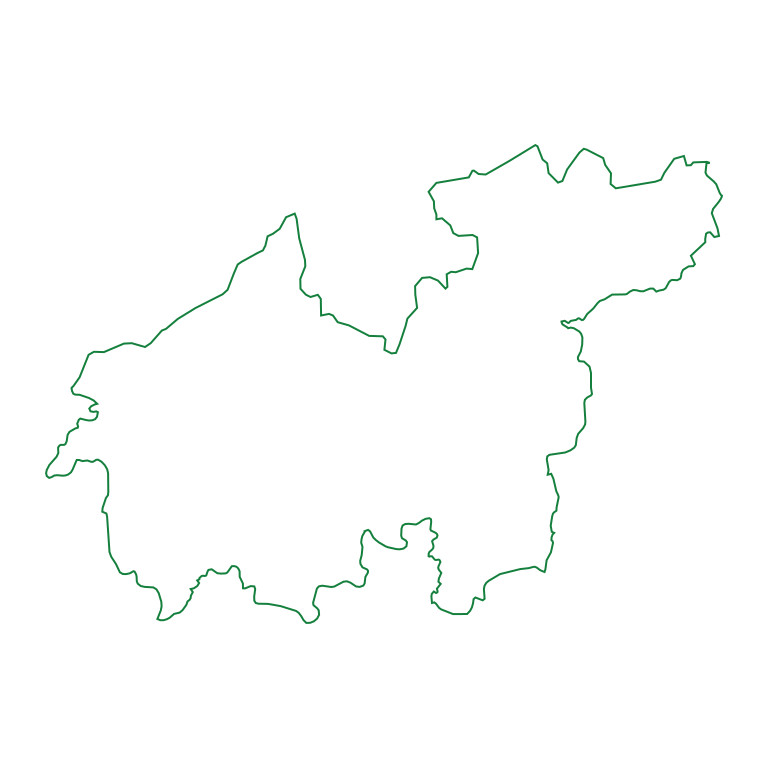 the border of Sikasso
{"feature_id": "MLI-2794", "entity_name": "Sikasso", "entity_type": "Region", "adm_level": 1, "iso_a3": "MLI", "parent_name": "Mali", "parent_adm1": "", "projection": "robinson", "projection_center": [-6.512, 11.478], "detail": "fine", "context": "isolated", "style": "outline", "palette": "green", "viewbox_px": 768, "rotation_deg": 0, "n_neighbors": 0, "source": "natural_earth", "source_scale": "10m", "svg_char_len": 6066}
<svg xmlns="http://www.w3.org/2000/svg" viewBox="0 0 768 768"><path d="M709.7,162.9L708.1,163.1L707.0,162.8L706.5,163.3L705.5,172.6L706.9,175.5L713.7,181.4L716.3,184.3L719.6,192.7L721.0,195.0L721.9,195.6L721.9,196.3L720.9,198.7L718.7,202.0L713.1,208.9L711.8,213.2L717.5,228.4L719.0,236.0L714.3,237.0L710.2,232.3L707.9,232.5L706.1,233.7L705.2,239.1L705.3,242.2L690.9,255.7L694.9,264.2L693.3,266.1L688.6,266.4L683.0,269.9L681.4,273.4L681.1,276.3L680.3,278.6L677.2,280.2L672.4,279.9L670.8,280.4L669.1,282.0L665.7,288.2L663.5,289.7L659.0,290.6L656.3,291.6L653.3,288.6L650.0,288.6L643.3,291.3L640.1,291.2L636.7,290.3L633.3,290.0L629.9,291.6L627.0,293.9L625.4,294.4L612.1,294.6L604.6,299.3L599.8,301.0L597.5,303.2L593.3,308.5L587.2,314.0L584.1,318.9L583.0,319.9L581.9,320.1L579.1,318.3L578.1,318.4L576.1,319.9L570.7,320.9L569.0,322.7L568.2,323.0L564.7,320.8L561.5,321.5L561.6,322.4L562.5,324.4L567.5,327.5L568.1,328.2L570.8,327.6L573.8,328.2L579.3,331.5L581.2,333.9L582.4,337.5L582.2,344.5L580.8,351.5L577.9,357.1L578.0,359.2L579.2,361.2L584.0,361.6L589.5,366.6L591.0,372.9L591.0,387.7L592.0,394.1L590.7,395.6L587.3,397.4L584.9,399.8L584.3,403.0L585.4,421.6L585.1,424.5L583.1,428.2L578.2,433.8L576.7,437.9L575.8,445.2L574.2,447.7L570.5,450.3L565.2,452.5L549.5,454.8L547.3,456.4L546.8,459.3L548.6,470.1L547.7,474.7L551.2,473.8L553.4,478.7L556.3,491.2L558.1,495.0L558.7,497.1L556.6,507.4L556.4,510.7L554.1,512.3L553.0,513.6L552.2,516.2L550.7,525.8L551.8,531.8L554.2,532.9L552.6,534.5L551.6,537.3L551.4,540.1L552.6,541.3L553.0,543.0L550.9,552.4L546.6,560.3L545.4,569.4L544.5,572.0L540.2,570.2L536.8,567.6L534.8,566.8L533.3,566.9L528.9,568.1L520.2,569.1L500.0,574.1L488.7,580.8L486.3,582.8L484.5,585.8L483.9,589.0L484.6,598.8L482.7,600.3L475.4,597.5L473.6,599.1L473.0,603.5L471.9,607.4L470.1,610.8L467.1,614.0L453.1,614.1L441.2,609.4L439.1,607.9L436.0,603.7L434.3,602.4L432.0,603.0L431.4,596.3L431.8,593.9L433.8,591.5L436.0,593.0L437.3,592.4L437.6,591.5L436.9,588.7L440.7,583.9L438.4,581.7L438.9,578.5L441.3,572.9L438.7,569.5L438.2,567.8L438.5,566.3L440.4,562.0L439.7,560.3L438.8,559.6L435.8,560.0L434.7,559.6L432.1,556.4L430.7,556.2L429.4,556.6L428.6,556.2L428.7,553.5L429.4,552.0L432.3,549.4L433.3,547.9L433.5,545.8L432.1,541.2L433.4,539.6L436.7,537.7L437.5,535.5L437.0,534.1L435.6,532.8L430.9,530.5L430.4,529.1L431.2,521.7L431.0,519.3L429.4,518.2L425.7,518.8L422.0,520.6L419.0,522.9L416.0,524.5L408.7,523.8L405.3,524.0L402.6,525.5L401.5,528.7L401.2,535.7L402.0,538.2L405.8,540.5L407.0,542.2L406.4,546.3L403.5,548.6L399.6,549.3L396.3,549.1L387.8,547.2L385.3,546.2L378.9,542.4L375.7,539.9L373.3,537.5L370.1,531.4L368.1,529.9L364.6,531.2L364.8,531.7L362.3,536.1L361.5,539.4L361.2,542.7L362.5,546.9L361.7,555.0L360.2,560.8L360.4,563.8L362.4,567.3L367.0,569.4L368.0,570.7L367.9,572.6L365.4,576.9L364.6,583.5L363.3,585.6L359.7,586.9L356.2,586.5L350.3,582.6L346.9,581.3L343.5,581.7L334.2,586.6L331.2,587.0L322.3,585.7L318.8,586.4L316.9,588.6L313.1,602.8L313.5,605.2L317.2,608.3L318.7,610.3L319.1,614.8L317.1,618.6L313.9,621.3L310.2,622.8L306.3,622.9L303.5,620.1L301.2,616.1L298.6,612.7L296.0,610.9L280.6,606.1L268.1,603.9L258.2,603.7L255.7,602.9L254.3,600.7L254.2,596.4L255.2,589.1L254.3,586.4L250.7,586.1L245.0,588.4L243.0,588.3L242.9,583.5L239.7,576.8L239.6,571.3L238.7,569.2L237.4,567.5L235.9,566.5L234.0,566.1L231.8,566.2L228.0,571.6L226.8,572.9L225.4,573.4L221.0,573.6L217.3,573.2L211.7,569.3L208.5,569.9L207.6,571.4L206.2,575.5L204.8,576.0L202.9,575.7L201.5,576.1L199.4,578.1L199.4,579.3L197.2,580.4L199.1,583.0L197.3,586.0L193.9,588.3L190.7,589.0L192.8,592.1L190.9,595.7L190.6,598.2L189.7,599.7L187.5,601.5L186.4,604.8L182.6,610.1L179.7,612.6L174.1,613.9L169.7,617.7L166.9,619.2L163.6,620.2L160.3,620.2L157.4,619.0L160.8,610.4L161.6,606.3L161.3,601.7L158.7,593.1L156.4,589.3L153.3,587.4L144.8,586.9L140.7,586.0L137.7,583.6L136.8,581.3L136.6,576.6L136.1,574.4L134.6,571.6L133.5,571.2L129.8,573.3L126.2,574.1L122.8,574.0L119.9,572.3L116.0,564.1L111.2,556.7L109.5,552.0L107.1,516.7L106.4,513.5L102.3,511.7L102.6,508.0L105.9,498.1L108.0,495.1L108.3,491.8L108.1,473.3L107.2,469.3L104.8,465.2L101.5,461.7L98.1,459.7L96.2,459.8L93.2,461.7L91.6,461.9L87.3,460.5L82.4,461.1L79.3,460.0L76.7,460.0L72.6,469.6L71.0,472.3L68.2,474.5L65.7,475.4L62.9,475.7L57.4,475.2L54.3,475.5L51.6,477.1L49.2,477.9L46.8,476.1L46.1,473.3L46.7,470.1L49.4,464.9L56.6,456.7L58.3,453.1L58.1,447.6L59.5,445.5L60.8,444.9L64.0,444.9L65.4,444.1L66.7,441.2L67.6,434.9L69.5,431.8L75.2,428.5L77.8,427.7L78.1,426.4L77.2,423.8L78.8,419.8L80.3,418.6L86.3,420.1L89.1,420.5L92.3,420.3L95.1,419.2L97.0,416.8L97.9,412.2L96.3,411.4L93.4,411.9L90.5,411.3L89.3,408.6L91.1,406.3L94.4,404.6L97.2,403.8L93.7,400.5L89.0,398.0L79.6,394.8L75.2,394.6L73.4,393.8L72.1,391.2L71.5,388.0L73.7,385.7L79.6,377.3L88.6,354.8L93.9,351.8L103.9,352.1L123.9,343.6L131.8,343.2L145.0,347.0L150.7,343.2L161.9,330.5L166.0,328.9L177.8,318.9L195.7,307.9L222.6,294.3L227.6,289.8L233.8,273.6L237.7,264.5L241.6,261.8L257.3,253.1L262.9,250.4L265.4,245.6L267.6,236.3L272.9,233.8L279.7,228.8L286.1,217.2L294.7,213.6L296.6,218.8L299.2,238.3L305.0,260.0L305.3,266.3L300.3,279.0L300.5,288.8L305.9,294.7L310.5,297.0L317.8,294.8L320.8,298.9L321.1,315.5L329.0,313.9L333.0,315.5L337.7,322.2L349.0,325.4L369.2,335.9L382.8,336.3L385.5,339.5L384.4,349.8L391.5,353.4L396.0,352.9L399.6,344.1L405.6,325.9L407.4,318.6L417.1,307.9L415.3,294.5L415.1,286.1L422.1,277.9L430.0,277.2L438.0,280.6L445.5,288.6L447.4,286.8L446.7,274.3L451.1,271.8L455.8,272.2L466.6,268.6L472.3,269.1L478.1,253.1L477.1,237.4L472.6,235.0L458.5,235.9L453.3,233.1L450.3,225.4L442.0,218.3L436.4,219.3L436.4,214.5L434.2,208.3L433.9,201.3L428.6,191.8L436.4,182.9L468.8,177.4L472.4,170.8L473.9,170.6L478.6,174.0L485.7,174.5L509.6,160.8L535.3,145.1L537.5,146.3L542.6,159.5L547.2,163.3L548.6,173.1L558.0,182.6L562.4,181.0L567.1,169.5L579.4,152.6L583.8,148.8L586.8,149.7L603.2,158.1L605.2,164.9L611.0,173.3L610.6,184.0L615.8,188.3L655.2,181.7L661.0,179.7L664.3,172.9L674.2,158.8L683.9,156.0L686.6,165.4L690.8,165.2L693.3,162.4L706.9,161.9L709.7,162.9Z" fill="none" stroke="#15803d" stroke-width="2"/></svg>